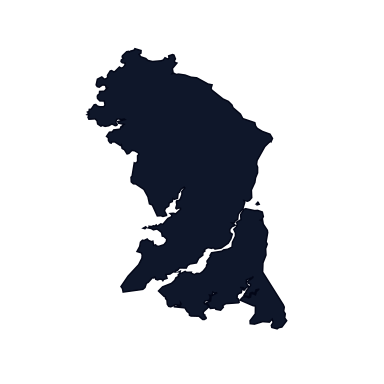 Tiwi Islands, Northern Territory, Australia (Natural Earth projection), rotated 257°
{"feature_id": "25037944B62285809064209", "entity_name": "Tiwi Islands", "entity_type": "district", "adm_level": 2, "iso_a3": "AUS", "parent_name": "Australia", "parent_adm1": "Northern Territory", "projection": "natural_earth1", "projection_center": [130.684, -11.553], "detail": "fine", "context": "isolated", "style": "filled", "palette": "ink", "viewbox_px": 384, "rotation_deg": 257, "n_neighbors": 0, "source": "geoboundaries", "source_scale": "gbopen_adm2", "svg_char_len": 6056}
<svg xmlns="http://www.w3.org/2000/svg" viewBox="0 0 384 384"><g transform="rotate(257 192 192)"><path d="M171.7,162.6L167.0,156.3L168.0,154.4L166.6,150.8L167.0,149.7L167.9,149.7L167.1,147.3L167.8,146.8L167.4,144.9L168.2,142.5L167.3,142.5L166.9,141.2L165.6,144.1L163.8,145.9L163.9,149.1L163.0,150.4L159.4,153.3L155.7,153.1L155.1,154.6L151.8,156.8L149.3,155.8L147.0,152.8L146.5,147.3L147.5,145.1L148.7,144.7L148.6,142.6L152.9,142.8L152.7,141.4L154.6,138.7L156.3,137.8L155.5,134.4L156.2,132.9L154.7,130.5L150.7,128.8L146.4,125.0L144.1,129.0L141.8,129.3L138.7,128.3L133.1,123.6L124.4,110.8L115.8,101.5L113.6,102.5L110.0,102.4L108.2,122.2L109.5,124.7L113.3,127.0L113.8,129.0L117.4,134.1L116.8,135.4L117.6,136.2L117.2,137.0L115.2,137.0L114.1,138.6L114.4,141.2L113.3,143.3L112.2,143.7L113.2,144.7L113.5,148.3L117.5,148.0L117.0,152.1L118.4,155.6L117.7,158.2L119.2,158.9L118.9,160.2L120.8,162.6L119.2,169.3L121.4,171.1L122.3,173.9L121.9,180.4L125.9,183.6L128.0,188.3L130.6,189.0L131.6,191.3L133.0,191.0L133.7,193.0L134.2,195.1L132.6,198.6L133.1,200.0L131.2,201.6L130.8,207.8L134.0,215.8L137.7,219.4L141.9,221.8L143.9,219.9L146.9,220.3L149.1,222.9L149.9,226.6L152.8,224.0L152.4,226.0L154.2,227.6L155.0,230.3L160.1,232.1L164.5,237.9L169.9,241.0L172.1,240.6L170.5,244.1L171.0,246.2L173.0,248.9L180.6,250.3L187.2,255.4L191.5,257.1L195.9,260.2L201.4,261.5L204.4,261.1L208.1,262.5L219.9,273.2L222.8,277.9L223.8,280.2L223.3,280.4L226.1,282.5L230.8,281.0L235.2,274.2L239.3,269.9L241.9,268.8L245.4,268.8L252.1,258.0L257.0,256.7L264.9,250.9L267.8,250.5L272.1,247.8L275.7,243.1L286.9,234.2L288.8,233.9L291.9,235.7L293.6,231.9L302.2,222.3L304.1,216.8L307.5,211.6L309.9,205.5L310.1,203.0L311.8,201.1L311.8,199.2L313.1,200.5L316.7,200.6L321.0,206.3L322.2,204.3L324.1,204.5L325.4,205.8L329.5,205.2L330.3,204.0L329.9,199.9L327.8,199.8L326.9,198.4L328.9,195.9L327.1,193.8L326.8,191.5L328.0,182.9L330.1,178.6L332.5,177.0L335.4,172.3L338.1,171.4L338.8,173.5L341.3,174.2L344.5,168.6L343.2,167.3L343.1,163.5L342.4,162.4L343.3,161.8L343.4,159.9L340.4,154.9L339.3,154.3L337.7,155.2L336.5,152.8L335.0,152.2L333.6,153.2L332.5,155.9L330.6,155.1L328.9,153.0L328.6,150.8L330.1,149.4L327.1,144.6L327.0,145.3L326.6,142.9L328.4,140.9L328.3,139.5L324.7,135.9L322.6,135.6L321.7,133.8L321.7,131.9L324.4,130.0L323.2,125.2L317.9,122.7L316.0,123.4L315.0,125.2L316.4,128.6L315.9,130.8L315.0,131.8L312.5,131.8L312.3,132.7L309.9,129.2L310.8,124.6L308.4,123.8L307.5,121.8L306.3,121.2L304.4,121.0L301.5,122.7L300.4,127.0L296.4,126.8L294.9,125.3L295.8,121.4L296.9,119.2L298.9,117.9L299.0,116.3L295.3,112.3L295.6,110.5L293.8,109.9L293.4,108.2L292.0,109.4L291.0,107.2L290.0,109.1L288.3,107.5L286.1,107.9L285.1,114.0L282.9,115.5L279.5,115.4L276.6,118.1L277.2,119.4L275.5,122.1L275.3,125.8L276.3,129.3L273.9,132.1L273.9,133.5L274.5,134.3L277.1,133.4L279.6,134.9L280.0,136.4L278.5,139.4L278.4,142.4L277.6,143.1L277.3,135.5L275.6,135.9L273.2,141.1L272.0,138.7L271.4,138.9L271.5,137.4L269.4,136.1L270.1,129.7L268.4,127.8L268.9,125.0L265.4,121.2L263.7,122.7L260.8,122.2L258.3,123.3L257.8,124.3L258.8,125.0L258.2,128.0L253.4,132.7L254.0,133.9L250.2,133.7L248.4,135.7L243.7,137.3L243.8,139.2L246.0,142.7L245.1,145.4L242.1,148.6L240.6,148.7L239.6,147.1L233.8,145.8L232.7,143.1L233.4,142.3L220.9,137.2L220.1,135.9L215.5,135.1L213.2,136.7L212.5,139.0L205.4,145.7L197.2,148.0L190.0,147.9L188.3,150.4L176.5,152.8L175.9,156.4L174.7,158.2L174.9,162.5L175.3,161.4L175.8,162.0L179.8,160.9L182.2,162.5L183.6,166.2L186.5,167.3L187.1,170.6L190.0,172.0L188.9,173.1L189.1,176.4L194.2,178.3L194.5,179.6L197.0,181.6L198.3,184.4L198.4,185.6L197.6,186.0L194.7,182.2L192.0,181.7L187.9,179.1L186.7,177.6L186.8,175.1L185.9,174.5L183.0,174.3L180.0,172.6L179.0,173.1L179.4,175.7L178.7,177.2L177.7,177.0L174.4,171.2L175.5,169.0L175.9,165.9L174.1,167.2L172.5,166.4L171.7,162.6ZM159.0,234.3L154.0,233.5L152.5,228.4L150.8,228.9L148.3,227.8L146.2,224.3L142.3,225.1L139.2,224.4L133.9,220.1L129.3,218.6L128.2,214.0L128.5,209.8L127.6,207.8L128.4,197.4L126.1,195.3L125.4,195.9L121.3,191.0L117.9,191.0L117.7,189.9L115.5,189.0L112.3,184.9L110.7,181.4L111.7,178.3L111.0,175.7L113.2,172.8L114.0,173.3L115.0,168.5L116.2,167.5L115.2,163.3L115.6,161.9L114.3,159.8L112.8,160.2L112.1,157.1L109.8,155.3L107.6,151.4L106.2,142.0L103.1,137.1L96.5,141.4L96.0,142.5L94.0,142.3L92.4,143.3L88.2,142.7L85.8,143.6L84.9,145.5L86.0,150.7L84.7,154.3L85.2,155.7L86.7,155.9L85.3,156.5L83.7,154.8L84.3,148.4L80.7,159.0L76.8,160.3L74.5,162.1L72.5,161.8L71.4,163.1L69.4,170.8L65.4,173.7L65.0,175.3L65.6,177.3L66.7,177.5L67.8,176.6L69.2,176.9L70.0,175.7L72.6,176.0L76.1,182.2L78.3,181.9L80.2,179.1L81.6,178.9L83.0,180.6L82.5,184.3L85.3,185.9L87.7,185.8L87.0,186.9L87.6,188.6L89.8,189.9L88.8,190.7L88.2,194.1L86.3,187.3L81.6,185.6L80.5,180.4L79.0,182.4L74.4,183.6L73.8,188.3L72.3,188.9L70.4,193.3L72.7,196.6L74.4,196.3L75.6,199.8L73.6,212.4L74.0,213.2L77.4,213.0L78.3,212.0L81.4,212.9L82.6,214.9L82.8,217.4L85.5,218.6L86.5,220.3L88.3,217.4L87.2,220.7L84.9,220.3L84.7,221.3L85.9,222.1L87.6,225.8L90.7,224.3L94.2,225.2L95.1,231.2L96.1,232.8L94.5,231.6L92.4,226.1L90.6,226.2L89.1,228.3L87.8,228.1L84.2,223.6L82.1,221.8L81.3,222.2L81.1,220.6L79.5,219.3L76.9,224.6L79.9,225.3L80.6,226.3L80.6,228.3L79.1,230.5L82.3,232.3L82.3,235.8L80.6,232.5L77.5,230.7L80.0,227.0L76.3,225.3L76.2,223.3L77.6,221.4L78.3,218.0L75.9,214.5L67.3,226.2L67.0,227.7L65.6,227.9L59.1,226.3L53.5,219.6L50.6,219.1L49.2,223.2L49.8,231.7L47.8,238.2L50.1,241.5L46.8,241.8L44.2,239.3L42.1,239.3L39.5,244.2L40.3,245.9L40.2,249.2L45.3,255.3L48.5,254.0L52.3,255.5L55.2,254.5L59.1,256.0L61.7,255.5L98.1,242.8L107.0,245.2L113.9,249.9L120.2,251.0L124.3,253.6L126.8,253.0L135.4,256.6L137.7,256.8L144.7,254.2L149.2,254.5L148.2,253.5L149.2,252.3L149.5,253.8L152.0,256.0L156.7,256.0L159.3,251.9L159.8,248.8L163.7,240.4L163.4,238.7L159.0,234.3ZM165.8,253.1L165.0,253.1L164.8,251.8L164.9,254.7L167.1,254.1L167.7,253.3L167.2,253.8L166.0,252.1L165.8,253.1ZM166.8,137.9L167.8,139.4L168.5,139.1L167.7,136.3L166.8,137.9ZM116.8,162.4L117.4,162.7L117.1,161.4L116.8,162.4Z" fill="#0f172a" stroke="#020617" stroke-width="1.5"/></g></svg>